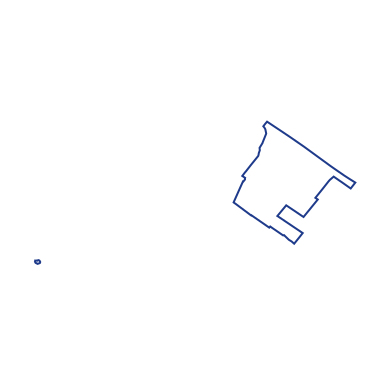 outline of La Plata, Buenos Aires, Argentina, rotated 264°
{"feature_id": "61730980B35724148843083", "entity_name": "La Plata", "entity_type": "district", "adm_level": 2, "iso_a3": "ARG", "parent_name": "Argentina", "parent_adm1": "Buenos Aires", "projection": "equal_earth", "projection_center": [-58.078, -34.705], "detail": "fine", "context": "isolated", "style": "outline", "palette": "blue", "viewbox_px": 384, "rotation_deg": 264, "n_neighbors": 0, "source": "geoboundaries", "source_scale": "gbopen_adm2", "svg_char_len": 1443}
<svg xmlns="http://www.w3.org/2000/svg" viewBox="0 0 384 384"><g transform="rotate(264 192 192)"><path d="M147.8,268.1L139.3,278.1L139.5,279.0L135.6,282.3L134.3,283.4L132.4,285.9L129.9,288.2L135.6,293.9L139.6,297.8L159.2,274.4L168.9,284.3L155.5,300.3L171.4,316.3L173.3,314.1L180.6,321.4L184.7,325.4L188.1,328.7L189.6,330.3L192.5,334.5L186.9,341.0L186.6,341.4L178.9,350.2L184.3,355.4L188.7,349.8L192.4,345.2L200.3,336.0L203.7,332.1L214.0,320.7L225.3,308.2L236.9,294.7L247.8,281.6L254.1,274.0L252.3,272.1L249.9,269.8L248.3,270.8L247.9,271.0L246.7,271.5L242.5,271.9L242.3,271.9L233.6,267.3L233.4,267.3L228.8,263.8L226.5,263.8L226.4,263.8L223.7,262.5L222.1,262.1L220.9,261.6L219.2,259.9L219.0,259.7L218.8,259.5L216.2,256.9L212.6,253.3L206.8,247.7L206.0,246.8L202.7,243.7L200.5,246.3L200.3,246.2L200.1,246.1L199.9,246.1L199.7,246.0L199.4,246.0L199.1,246.0L198.9,246.0L196.8,243.9L197.0,243.7L191.7,240.6L182.5,235.3L178.2,232.8L177.3,232.3L176.2,233.5L175.9,233.9L163.3,247.5L162.5,248.4L162.7,248.6L148.5,265.1L149.5,266.2L147.8,268.1ZM139.1,28.6L138.6,28.8L138.3,28.8L138.0,29.0L137.8,29.2L137.6,29.4L137.5,29.7L137.4,30.1L136.8,30.6L136.7,30.7L136.7,31.1L136.9,31.9L137.2,33.2L137.5,33.4L138.1,33.7L138.5,33.7L139.0,33.4L139.4,33.3L139.6,33.2L140.0,32.8L140.1,32.4L140.3,32.0L140.1,31.7L140.0,31.1L139.9,30.9L140.1,30.7L140.1,30.4L140.1,29.5L140.2,28.9L139.7,28.8L139.3,28.8L139.1,28.6Z" fill="none" stroke="#1e3a8a" stroke-width="2"/></g></svg>